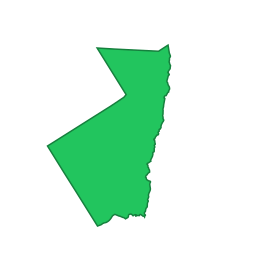 the border of Chaco, rotated 58°
{"feature_id": "ARG-1306", "entity_name": "Chaco", "entity_type": "Province", "adm_level": 1, "iso_a3": "ARG", "parent_name": "Argentina", "parent_adm1": "", "projection": "natural_earth1", "projection_center": [-59.946, -26.062], "detail": "fine", "context": "isolated", "style": "filled", "palette": "green", "viewbox_px": 256, "rotation_deg": 58, "n_neighbors": 0, "source": "natural_earth", "source_scale": "10m", "svg_char_len": 4946}
<svg xmlns="http://www.w3.org/2000/svg" viewBox="0 0 256 256"><g transform="rotate(58 128 128)"><path d="M212.2,161.1L211.4,161.1L211.0,161.5L210.7,162.0L210.0,162.3L208.5,162.8L208.0,163.2L207.7,163.7L207.8,164.2L208.3,164.7L208.0,165.2L207.4,166.0L207.1,166.6L207.0,166.9L207.0,167.2L206.9,167.9L206.8,168.1L206.5,168.0L206.3,167.8L206.3,167.7L206.2,167.3L206.0,167.1L205.7,167.3L205.5,167.6L205.3,167.9L205.2,168.2L205.1,168.5L205.1,169.3L205.2,169.9L205.0,170.3L203.3,170.6L202.6,171.1L202.1,171.9L201.9,173.1L202.1,173.6L202.6,174.1L203.4,174.7L203.8,175.5L203.8,176.3L203.7,178.3L203.3,178.4L202.4,178.7L202.0,178.9L200.8,180.0L198.3,181.7L198.2,181.9L198.0,182.2L194.5,184.7L194.3,184.9L194.2,186.3L194.2,187.0L194.3,187.7L194.6,188.4L195.5,190.2L196.0,191.5L196.4,192.9L196.6,194.4L196.6,195.9L196.5,196.7L195.8,198.7L195.7,199.4L195.6,200.2L195.8,201.6L195.7,202.4L195.0,205.8L170.7,205.8L155.9,205.8L132.6,205.9L100.6,205.8L100.6,198.2L100.4,157.4L100.3,136.0L100.3,131.4L99.8,115.2L98.7,111.9L43.8,111.8L54.0,97.5L79.1,61.4L78.9,50.1L86.2,53.2L88.6,53.7L89.1,53.8L89.4,53.9L89.6,54.0L90.0,54.4L90.2,54.7L90.3,54.9L90.4,55.3L90.6,55.6L90.9,55.9L92.3,56.8L93.6,58.0L93.9,58.2L94.1,58.2L94.8,58.3L96.1,58.8L96.8,58.8L97.3,58.8L97.6,58.9L97.8,59.0L98.9,60.0L99.7,60.6L100.0,60.9L100.2,61.1L100.3,61.5L100.4,61.9L101.7,64.4L101.9,64.7L102.1,64.8L102.2,64.7L102.3,64.6L102.5,64.5L103.0,64.7L103.3,64.7L103.5,64.8L103.9,64.6L104.1,64.6L104.4,64.6L104.6,64.8L104.8,65.1L104.8,65.3L104.9,65.5L105.0,65.9L105.0,66.1L105.4,66.6L106.7,67.9L107.2,68.5L108.7,70.1L109.0,70.3L109.7,70.5L109.9,70.5L110.3,70.4L110.5,70.4L111.9,70.9L112.6,71.1L112.8,71.1L114.6,71.2L115.1,71.2L116.4,71.7L116.8,72.0L117.0,72.1L117.2,72.3L118.1,73.9L118.3,74.1L118.8,74.2L119.0,74.4L119.0,74.6L119.0,75.0L119.0,75.5L119.2,75.9L120.5,78.1L120.7,78.5L120.4,78.9L120.3,79.1L120.3,79.4L120.4,79.9L120.5,80.2L120.6,80.5L121.3,81.2L121.6,81.4L121.8,81.5L122.0,81.4L122.2,81.2L122.4,81.1L122.5,81.2L122.7,81.3L127.4,85.6L127.7,85.9L128.1,86.0L128.3,86.2L129.2,87.0L130.3,88.2L130.5,88.4L131.5,88.8L133.6,90.2L133.8,90.3L134.8,91.0L135.1,91.3L135.5,91.8L135.7,92.0L136.0,92.1L137.2,92.5L137.5,92.6L137.8,92.8L138.5,93.3L138.7,93.5L138.9,93.4L139.2,93.3L139.5,93.3L139.8,93.4L140.3,93.6L140.6,93.8L140.7,94.0L141.1,94.7L141.5,95.7L141.8,96.3L142.2,96.8L142.7,97.7L143.1,98.2L143.7,98.8L144.1,99.2L144.9,99.6L145.1,99.8L145.3,100.0L145.5,100.5L145.9,101.3L146.0,101.5L145.9,101.7L145.7,101.9L145.7,102.1L145.8,102.4L146.0,102.6L147.1,103.2L147.3,103.4L147.3,103.7L147.3,104.0L147.5,104.6L147.6,104.8L147.8,104.9L148.7,105.0L149.1,105.1L149.3,105.3L149.4,105.5L149.6,105.8L149.7,106.0L149.7,106.3L149.7,106.5L149.5,106.8L149.4,106.9L149.3,107.0L149.6,107.8L149.7,108.0L149.8,108.2L149.8,108.6L149.9,108.9L150.1,109.3L150.8,110.2L150.9,110.4L151.0,110.6L151.0,110.8L151.0,111.1L151.0,111.4L151.1,111.7L151.3,112.1L151.6,112.2L151.8,112.3L151.9,112.2L152.2,111.9L152.3,111.8L152.5,111.9L152.9,112.2L153.1,112.2L153.3,112.3L153.5,112.4L153.8,112.5L154.1,112.6L154.6,112.9L154.9,113.1L155.1,113.1L155.6,113.2L156.0,113.4L156.2,113.5L156.3,113.8L156.3,114.1L156.4,114.5L156.6,114.7L156.8,114.9L156.9,115.0L158.0,115.2L158.4,115.4L158.5,115.5L159.0,116.4L159.2,116.7L159.4,116.8L160.3,117.2L161.4,118.0L161.7,118.2L161.9,118.4L161.9,118.6L162.0,118.8L161.9,119.3L161.9,119.6L162.0,119.9L162.2,120.1L162.4,120.3L163.0,120.5L163.6,120.9L165.0,122.3L167.2,125.8L167.4,126.0L167.6,126.1L168.2,126.1L168.4,128.6L168.4,129.7L168.3,130.2L168.4,130.5L168.5,130.8L168.7,131.0L168.9,131.0L169.1,131.1L169.3,131.0L169.6,130.9L169.8,130.9L170.0,130.9L170.7,131.2L171.5,131.7L171.8,131.8L172.0,131.8L172.6,131.7L172.8,131.7L173.1,131.8L173.8,132.1L174.2,132.1L174.8,132.1L175.1,132.1L175.5,132.3L176.3,132.7L176.6,132.9L176.9,133.1L176.9,133.3L176.9,133.8L177.0,134.9L177.1,135.2L177.2,135.6L177.6,136.2L177.8,136.5L177.7,136.9L177.7,137.2L177.9,137.7L178.4,138.6L178.8,138.9L179.1,139.2L179.4,139.1L179.6,139.0L179.8,139.0L180.0,139.0L180.9,139.4L181.2,139.5L181.6,139.5L181.8,139.4L182.2,139.3L182.8,138.9L183.4,138.8L183.7,138.6L184.0,138.3L184.2,138.0L184.3,137.9L184.5,137.7L184.8,137.5L185.0,137.4L185.5,137.4L185.7,137.5L186.0,138.0L186.2,138.4L187.2,139.3L187.4,139.5L188.6,140.0L189.7,140.5L191.2,141.1L192.2,141.8L192.8,142.5L193.6,143.6L193.9,144.1L194.3,144.7L195.2,145.7L195.5,146.1L195.9,146.3L197.3,146.9L197.5,147.1L197.7,147.3L198.1,147.9L198.9,149.1L199.2,149.3L199.4,149.5L199.7,149.5L200.1,149.4L200.3,149.4L200.7,149.6L200.9,149.7L201.0,149.9L201.5,150.7L202.2,151.5L204.7,153.2L204.9,153.4L205.1,153.6L205.2,153.8L205.3,154.1L205.4,154.3L205.5,154.7L205.6,155.0L205.7,155.3L206.1,155.8L207.8,157.3L208.0,157.5L208.3,158.6L208.5,158.8L208.6,159.0L209.3,159.4L209.7,159.6L209.9,159.6L210.1,159.6L210.7,159.4L210.9,159.4L211.1,159.4L211.3,159.6L211.4,159.8L211.3,160.1L211.3,160.3L211.3,160.5L212.1,161.0L212.2,161.1Z" fill="#22c55e" stroke="#15803d" stroke-width="1.5"/></g></svg>